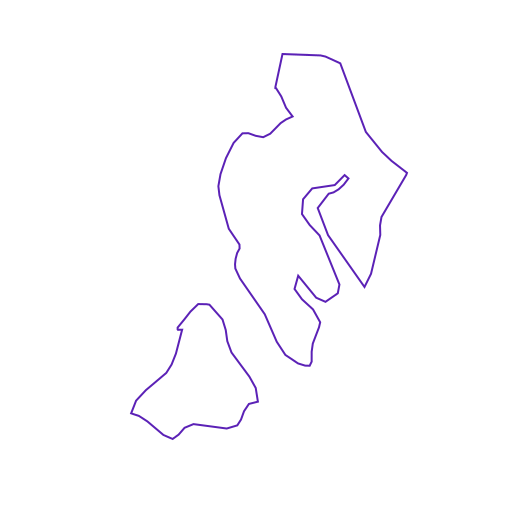 SVG path tracing the border of Biombo, rotated 311°
{"feature_id": "GNB-5500", "entity_name": "Biombo", "entity_type": "Region", "adm_level": 1, "iso_a3": "GNB", "parent_name": "Guinea-Bissau", "parent_adm1": "", "projection": "orthographic", "projection_center": [-15.894, 11.883], "detail": "fine", "context": "isolated", "style": "outline", "palette": "violet", "viewbox_px": 512, "rotation_deg": 311, "n_neighbors": 0, "source": "natural_earth", "source_scale": "10m", "svg_char_len": 1464}
<svg xmlns="http://www.w3.org/2000/svg" viewBox="0 0 512 512"><g transform="rotate(311 256 256)"><path d="M417.8,315.4L415.7,316.2L367.8,325.1L360.5,329.5L353.4,336.0L318.0,354.5L303.8,358.2L319.0,296.7L332.7,271.1L350.7,270.0L354.9,272.8L360.5,274.6L367.3,275.4L375.2,274.9L375.2,269.8L361.2,268.9L343.9,254.1L329.7,254.3L317.8,263.2L314.6,276.2L313.2,290.5L289.2,337.7L281.5,342.2L267.0,338.5L264.0,328.8L268.8,300.8L256.4,306.7L253.5,319.1L253.1,334.1L248.1,347.9L243.6,350.3L227.2,356.3L220.3,360.8L212.8,367.3L208.4,368.5L205.5,365.0L202.5,358.2L200.6,343.1L204.9,327.9L217.8,300.8L228.5,258.7L233.0,248.6L236.0,245.6L240.6,242.4L245.9,239.8L250.9,238.7L253.8,236.0L258.7,217.6L277.9,188.5L284.0,181.8L294.5,175.5L310.2,169.1L326.7,164.9L339.7,165.3L343.7,169.7L346.5,176.9L350.4,183.5L357.6,186.5L372.4,187.4L378.8,189.1L385.3,192.1L387.6,181.4L393.0,170.4L395.8,161.1L395.4,160.5L396.2,159.8L425.8,143.5L449.7,173.1L452.1,177.6L456.7,193.2L421.7,257.5L417.2,282.9L416.7,296.0L417.8,315.4ZM55.3,265.0L68.2,260.4L82.5,260.9L108.9,265.0L118.7,263.5L129.8,259.6L151.9,248.6L149.1,245.5L149.2,245.0L150.6,243.8L161.3,243.5L171.0,243.0L181.8,243.9L187.3,250.5L188.7,252.8L186.1,272.4L180.3,281.7L172.9,290.2L167.1,300.8L160.6,330.2L156.2,342.4L147.3,353.0L139.7,347.7L131.0,348.8L122.7,352.0L115.9,353.0L106.6,347.1L88.1,319.1L79.5,314.8L70.4,314.8L63.2,313.1L60.2,303.6L59.9,282.5L58.5,272.6L55.3,265.0Z" fill="none" stroke="#5b21b6" stroke-width="2"/></g></svg>